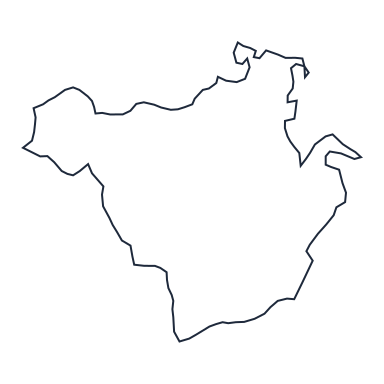 the district of Jaboti, Paraná, Brazil
{"feature_id": "56859067B82658845129060", "entity_name": "Jaboti", "entity_type": "district", "adm_level": 2, "iso_a3": "BRA", "parent_name": "Brazil", "parent_adm1": "Paraná", "projection": "albers", "projection_center": [-50.077, -23.72], "detail": "fine", "context": "isolated", "style": "outline", "palette": "slate", "viewbox_px": 384, "rotation_deg": 0, "n_neighbors": 0, "source": "geoboundaries", "source_scale": "gbopen_adm2", "svg_char_len": 1861}
<svg xmlns="http://www.w3.org/2000/svg" viewBox="0 0 384 384"><path d="M33.6,108.2L35.6,117.4L35.0,124.2L34.1,132.1L32.0,140.7L23.0,147.8L40.2,156.4L47.4,156.1L54.2,162.2L61.7,171.0L67.4,173.9L73.1,175.3L79.7,171.1L88.1,164.1L92.0,173.3L98.0,180.2L103.4,186.4L102.0,194.6L103.1,206.3L109.4,217.9L112.7,225.0L117.2,232.3L121.9,240.5L130.5,245.6L132.4,256.4L134.2,264.7L144.1,265.8L155.0,265.9L160.3,267.9L166.6,272.2L167.0,280.0L168.4,288.1L171.7,295.0L173.3,300.9L172.4,309.2L173.3,317.2L174.1,331.7L179.5,341.5L189.2,338.6L195.7,334.9L209.5,326.5L216.1,324.1L222.6,322.2L228.2,323.2L235.8,322.2L244.2,321.9L254.6,318.8L264.5,313.7L270.5,307.1L277.7,300.9L287.0,298.6L294.2,299.2L302.3,282.6L307.9,270.8L312.7,260.7L306.4,251.2L309.8,244.7L317.9,233.8L326.3,224.4L333.7,215.2L336.4,207.3L345.1,202.1L346.0,192.7L342.5,183.1L339.1,169.7L331.1,167.0L325.7,164.7L325.7,156.3L329.8,151.5L341.0,153.4L354.4,159.0L361.0,157.2L355.4,152.1L350.5,149.2L342.8,144.2L332.6,134.4L325.6,136.4L314.9,144.5L310.1,152.8L305.9,159.0L300.7,165.8L299.3,153.0L294.2,146.8L290.3,141.5L287.5,136.4L284.9,128.1L285.0,120.9L294.4,118.7L295.4,111.8L296.7,100.6L287.6,102.3L287.7,95.5L292.7,88.5L293.4,81.7L292.5,75.8L291.0,68.2L296.1,64.0L304.4,66.3L302.4,58.5L295.2,57.8L285.6,57.9L278.0,54.6L266.1,50.4L259.5,58.2L253.8,57.1L255.8,50.9L250.2,48.0L243.3,46.0L237.8,42.5L233.7,52.7L236.4,62.7L242.4,64.0L247.2,58.5L249.6,67.3L245.1,78.8L236.7,82.1L226.1,80.7L217.9,76.8L216.3,83.0L208.9,88.5L202.8,89.9L194.7,98.7L192.3,104.3L184.6,107.2L177.9,109.3L170.8,109.8L161.1,107.5L154.2,104.7L143.8,102.3L136.3,103.9L130.4,110.8L122.8,114.4L117.1,114.4L110.3,114.5L102.2,112.9L95.5,113.5L94.1,107.0L92.0,101.0L87.8,96.4L79.4,89.9L73.1,87.4L65.0,89.9L54.8,97.2L48.5,100.4L43.1,104.3L33.6,108.2ZM304.4,66.3L305.0,77.2L308.7,72.6L304.4,66.3Z" fill="none" stroke="#1e293b" stroke-width="2"/></svg>